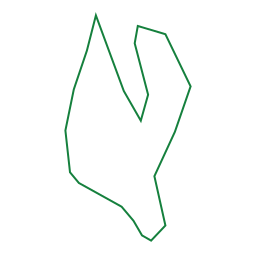 SVG path tracing the border of Lumparland
{"feature_id": "ALD-4819", "entity_name": "Lumparland", "entity_type": "state/province", "adm_level": 1, "iso_a3": "ALA", "parent_name": "Aland", "parent_adm1": "", "projection": "mercator", "projection_center": [20.249, 60.105], "detail": "fine", "context": "isolated", "style": "outline", "palette": "green", "viewbox_px": 256, "rotation_deg": 0, "n_neighbors": 0, "source": "natural_earth", "source_scale": "10m", "svg_char_len": 363}
<svg xmlns="http://www.w3.org/2000/svg" viewBox="0 0 256 256"><path d="M165.4,34.2L190.6,86.4L174.9,131.8L154.4,176.2L165.4,225.5L151.1,240.6L142.0,235.4L133.5,220.8L121.6,206.7L78.9,183.0L70.0,172.3L65.4,130.5L73.8,89.4L86.9,50.6L95.9,15.4L123.8,91.0L140.8,120.7L148.1,94.7L134.7,43.3L137.8,26.0L165.4,34.2Z" fill="none" stroke="#15803d" stroke-width="2"/></svg>